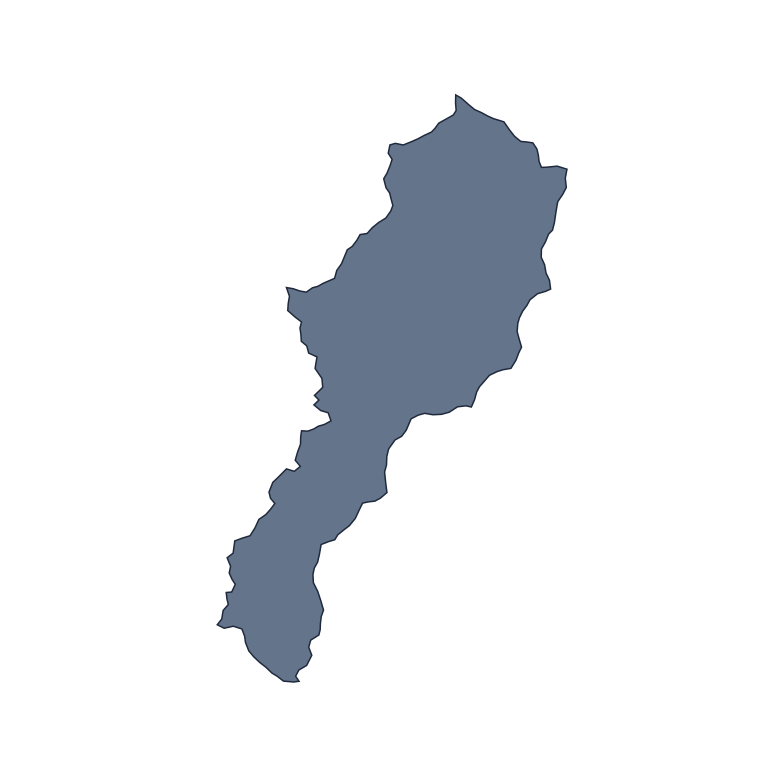 Presidente Nereu, Santa Catarina, Brazil, rotated 148°
{"feature_id": "56859067B86900242229400", "entity_name": "Presidente Nereu", "entity_type": "district", "adm_level": 2, "iso_a3": "BRA", "parent_name": "Brazil", "parent_adm1": "Santa Catarina", "projection": "robinson", "projection_center": [-49.337, -27.259], "detail": "fine", "context": "isolated", "style": "filled", "palette": "slate", "viewbox_px": 768, "rotation_deg": 148, "n_neighbors": 0, "source": "geoboundaries", "source_scale": "gbopen_adm2", "svg_char_len": 2811}
<svg xmlns="http://www.w3.org/2000/svg" viewBox="0 0 768 768"><g transform="rotate(148 384 384)"><path d="M192.4,376.2L188.7,384.3L187.8,392.2L184.6,400.1L183.5,408.2L178.9,415.1L171.9,418.9L165.0,423.9L159.6,425.2L154.1,430.4L146.8,439.0L140.1,446.5L132.0,450.1L125.3,454.0L121.1,462.6L115.0,469.2L121.7,477.0L131.1,481.6L135.7,484.3L134.6,490.4L131.8,496.4L129.8,502.2L130.0,509.6L134.3,513.3L139.5,517.3L142.0,524.8L142.9,532.6L143.4,542.8L150.5,551.0L154.1,556.4L157.5,562.4L161.7,568.7L164.2,576.2L167.0,585.6L170.0,591.1L174.3,584.6L177.9,577.7L182.7,575.4L191.6,575.8L199.4,576.2L205.2,573.8L210.1,572.5L218.2,573.5L224.9,573.9L232.1,574.9L241.0,576.5L246.9,582.1L252.3,583.6L258.1,577.5L258.1,570.2L262.6,566.4L269.4,561.4L275.5,558.2L278.3,549.3L278.0,543.0L279.9,537.2L281.9,530.7L286.6,527.1L294.4,523.8L303.1,523.8L311.0,522.8L318.5,520.6L325.1,523.4L331.0,520.2L338.1,517.5L344.0,517.3L350.4,512.7L356.3,508.5L363.8,505.4L369.9,499.8L375.5,500.6L382.0,501.6L388.4,501.9L393.7,503.5L401.3,503.1L406.1,507.5L410.5,512.9L415.6,517.5L417.7,508.5L422.5,503.1L426.7,497.3L424.0,488.1L421.1,480.3L425.6,476.0L428.1,470.3L431.5,464.0L429.3,457.3L431.5,450.1L426.5,442.5L434.2,433.7L433.7,421.6L437.7,413.7L443.2,412.4L449.0,411.2L447.7,404.9L454.5,403.4L451.8,395.1L446.6,389.2L448.5,380.8L456.1,381.3L462.0,383.0L467.5,383.1L473.6,384.4L478.7,388.0L482.6,383.4L486.8,377.1L493.3,372.1L499.7,366.4L498.6,358.5L506.4,357.5L511.7,363.7L518.4,362.1L524.0,360.8L530.4,359.5L538.8,353.3L540.8,347.3L539.9,340.5L547.0,337.8L553.4,335.9L561.8,335.5L569.7,330.3L578.0,326.3L585.9,328.4L593.7,330.0L601.6,320.5L609.1,319.8L610.7,310.7L615.4,305.8L616.4,298.9L616.3,292.9L623.4,288.3L628.3,290.8L630.9,285.4L632.9,279.5L640.4,277.2L646.1,270.7L653.0,268.2L649.0,261.6L640.1,258.4L634.3,251.5L635.9,243.8L638.4,238.3L640.1,229.2L639.0,221.6L637.0,213.9L634.2,206.3L632.2,198.2L629.5,192.9L626.7,185.3L618.6,179.2L613.6,176.9L613.8,183.0L607.7,186.6L598.8,186.3L589.0,192.2L587.3,200.7L581.9,205.6L572.2,205.7L568.3,209.5L564.9,214.5L560.4,220.1L555.1,224.3L552.6,233.1L550.1,243.2L549.2,252.8L545.3,260.0L540.6,264.9L534.7,268.1L529.1,273.7L522.4,281.2L514.5,279.7L508.3,278.0L503.1,280.6L495.0,281.6L488.5,282.2L479.6,285.2L471.3,290.6L465.3,294.3L459.9,292.4L453.8,289.5L447.4,289.1L439.0,290.4L435.4,298.3L430.1,309.1L424.8,314.0L419.9,321.2L414.4,326.5L404.3,330.7L396.8,330.3L389.7,333.0L379.5,340.1L371.7,339.5L365.1,337.6L358.8,332.0L351.3,327.8L343.6,325.5L333.8,325.7L326.1,322.1L322.1,318.2L315.4,322.8L309.8,328.0L304.5,331.1L298.1,333.0L290.0,335.5L281.6,334.6L275.4,333.0L268.1,330.0L259.4,334.3L253.5,338.8L247.8,342.4L245.8,349.7L243.3,357.9L238.5,364.4L234.2,368.3L227.8,372.3L221.4,374.8L215.5,378.1L206.0,379.2L197.6,376.9L192.4,376.2Z" fill="#64748b" stroke="#1e293b" stroke-width="1.5"/></g></svg>